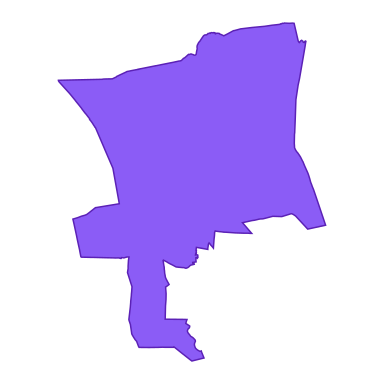 the district of Lerma, México, Mexico
{"feature_id": "50627088B475938863267", "entity_name": "Lerma", "entity_type": "district", "adm_level": 2, "iso_a3": "MEX", "parent_name": "Mexico", "parent_adm1": "México", "projection": "robinson", "projection_center": [-99.473, 19.326], "detail": "fine", "context": "isolated", "style": "filled", "palette": "violet", "viewbox_px": 384, "rotation_deg": 0, "n_neighbors": 0, "source": "geoboundaries", "source_scale": "gbopen_adm2", "svg_char_len": 5845}
<svg xmlns="http://www.w3.org/2000/svg" viewBox="0 0 384 384"><path d="M187.0,319.5L184.5,319.4L165.2,319.2L165.5,306.1L166.0,299.5L166.1,293.7L165.6,287.0L166.0,286.8L167.3,285.9L169.1,284.5L168.3,283.0L167.7,282.0L167.4,281.4L166.0,278.7L165.4,277.2L165.1,275.3L164.7,273.3L164.5,270.7L164.3,269.4L164.2,267.2L163.8,265.2L163.1,260.4L163.4,260.1L166.8,261.9L168.2,262.8L170.2,263.9L171.3,264.4L171.9,264.7L172.7,265.1L176.0,266.9L176.6,267.0L177.3,267.1L178.0,267.1L178.8,267.3L179.5,267.3L182.5,267.6L183.7,267.6L184.2,267.7L185.2,268.1L185.6,268.2L186.2,268.2L187.3,267.8L187.8,267.6L188.2,267.3L188.6,267.0L189.0,266.7L189.3,266.4L189.6,266.0L190.4,265.4L191.0,265.1L191.4,265.0L192.6,264.7L194.2,264.3L194.0,263.7L194.0,263.1L192.7,263.1L192.7,262.4L196.1,261.9L196.1,261.7L196.0,261.4L196.0,261.1L195.9,258.1L196.1,258.1L196.1,257.6L196.8,257.6L197.3,258.0L197.3,257.4L197.9,257.4L197.8,255.1L197.2,254.8L196.5,254.7L196.2,254.9L195.5,255.0L195.7,253.6L196.2,253.7L196.4,252.3L196.1,252.1L196.4,250.4L196.0,250.3L196.4,247.4L197.8,247.6L207.8,249.4L207.8,248.2L208.2,245.9L208.3,244.6L208.4,244.1L208.6,243.7L208.8,243.4L209.1,242.9L209.5,243.3L209.8,243.7L210.0,244.0L210.5,244.8L211.3,245.6L212.5,247.0L213.4,248.1L214.0,239.9L214.2,237.8L214.2,237.7L214.3,237.3L214.5,235.2L214.6,233.2L214.5,232.9L215.2,231.0L215.7,231.1L217.6,231.4L218.4,231.5L220.0,231.7L220.3,231.7L221.1,231.8L221.3,231.8L222.0,231.9L222.7,232.0L223.3,232.1L223.9,232.1L224.0,232.1L224.4,232.2L225.5,232.2L235.4,232.9L244.1,233.2L248.0,233.2L250.4,233.4L251.7,233.4L242.5,222.7L251.9,220.6L254.7,220.2L258.1,219.4L258.8,219.2L260.2,219.0L261.0,218.9L262.2,218.9L263.6,218.7L272.8,216.3L281.8,216.6L291.2,213.7L292.4,214.0L293.5,214.6L295.6,216.0L307.7,229.1L325.6,225.2L318.9,205.3L313.6,189.7L312.4,186.8L312.0,185.7L311.5,184.3L310.7,182.3L309.7,178.6L309.2,177.0L308.5,174.8L308.0,173.4L307.4,172.0L306.4,169.8L304.6,165.8L303.5,163.1L303.0,161.8L302.5,161.0L301.9,159.8L301.4,158.8L300.9,157.8L300.5,157.0L299.8,155.9L297.7,152.8L297.3,152.4L296.8,151.8L296.3,151.1L295.7,150.2L295.3,149.3L294.8,148.4L294.5,147.4L294.5,146.1L294.3,143.5L294.4,138.6L294.5,134.1L294.7,132.8L295.2,120.1L295.3,117.5L295.9,99.8L298.1,85.2L299.5,78.7L301.8,65.4L302.5,61.4L305.1,46.2L305.3,44.8L305.5,43.4L305.9,41.3L305.5,41.0L305.2,41.1L304.8,41.5L304.8,42.2L304.6,42.5L303.3,42.3L302.9,41.2L302.2,40.8L301.7,40.3L300.9,40.7L300.0,41.7L299.5,42.5L299.3,42.6L298.7,41.9L298.2,41.0L294.1,23.3L292.6,23.1L289.4,23.3L284.9,23.1L284.5,23.0L284.0,23.2L283.4,23.4L282.7,23.3L282.2,23.3L281.6,23.8L281.2,23.9L280.8,23.8L280.4,23.9L280.1,24.3L275.9,24.8L272.1,25.2L264.7,26.3L252.0,27.5L240.5,28.9L236.9,29.9L234.2,30.6L233.4,30.7L227.9,33.7L223.8,35.8L223.0,35.4L221.3,34.6L219.9,34.1L219.4,33.5L218.3,33.3L216.9,33.2L216.2,33.4L215.7,33.7L215.3,33.8L215.1,33.6L215.0,32.8L214.9,32.7L213.5,32.6L213.2,32.9L212.9,32.9L211.8,32.6L211.0,32.7L210.6,33.0L210.4,33.3L210.2,33.2L209.8,33.0L209.0,33.4L208.7,33.5L208.3,33.5L208.0,33.5L207.7,33.9L207.0,34.5L206.7,34.8L205.4,34.9L204.7,35.0L203.9,35.5L203.2,36.2L202.7,37.0L202.1,37.8L200.4,40.4L199.8,41.3L199.0,42.1L198.3,43.2L197.7,44.5L197.3,45.2L197.1,46.1L197.0,47.0L197.1,47.9L197.2,48.8L196.9,50.0L196.5,51.9L196.4,52.9L196.2,53.8L196.1,54.4L195.7,54.8L195.2,55.1L194.7,55.2L194.2,55.1L193.8,55.0L193.4,54.7L192.9,54.5L191.9,54.3L191.3,54.0L191.0,54.0L190.6,54.0L190.0,54.3L189.5,54.5L189.1,54.4L188.8,54.3L188.6,54.4L187.9,54.9L187.7,55.1L187.2,55.6L186.8,55.9L185.4,57.2L184.5,57.9L183.4,58.4L182.9,59.0L181.9,60.0L181.4,60.4L181.0,60.7L180.4,60.8L179.9,61.0L179.2,61.0L173.2,62.3L138.3,69.2L138.4,69.4L136.9,69.6L132.1,70.5L130.6,70.8L128.8,71.2L127.0,71.5L126.1,72.0L124.9,72.6L124.0,73.0L120.8,74.5L120.1,74.8L117.9,75.9L116.9,76.3L116.2,77.0L112.4,78.8L110.7,78.9L108.8,78.9L104.7,79.0L103.0,79.1L102.4,79.3L58.4,80.3L58.4,80.7L59.2,82.0L60.1,83.0L62.0,85.1L63.9,87.2L65.8,89.3L66.8,90.4L68.6,92.4L69.6,93.5L75.1,100.2L75.9,101.3L77.7,103.5L78.6,104.6L81.3,108.0L82.1,109.2L85.0,113.0L86.0,114.1L88.7,117.6L89.6,118.7L89.6,119.6L89.8,119.7L90.8,120.9L92.2,122.8L93.7,125.2L94.8,126.8L94.9,127.2L95.1,127.3L95.5,127.7L104.5,148.7L104.6,149.0L112.9,168.2L119.3,203.7L119.0,203.8L95.9,207.6L95.5,207.6L94.1,208.7L92.9,209.7L91.2,211.0L89.1,212.7L86.7,214.5L85.0,215.2L81.4,216.2L78.1,217.5L76.2,218.1L74.9,218.5L72.9,219.1L73.2,220.4L74.0,223.9L76.4,235.0L77.1,238.5L77.8,241.8L78.6,245.5L79.5,249.5L80.1,252.8L80.9,256.8L81.6,257.2L83.4,257.2L87.9,257.3L91.4,257.4L93.5,257.4L104.9,257.7L114.2,257.9L115.3,258.0L117.3,257.9L119.1,257.9L119.8,258.2L121.0,258.5L121.3,258.2L121.4,257.6L122.0,257.6L123.4,257.8L123.9,257.9L125.2,257.5L126.3,257.2L126.9,257.0L129.0,257.0L128.6,259.3L128.4,260.8L128.4,261.2L128.1,266.1L128.1,268.7L128.0,269.3L127.9,269.7L127.5,272.6L130.8,283.0L132.0,286.7L131.6,292.5L131.5,292.9L131.3,296.0L130.7,301.5L130.7,302.4L130.5,304.8L130.3,307.2L129.6,313.2L129.2,316.6L128.9,319.2L128.9,319.8L129.0,320.2L129.2,320.9L130.4,324.5L131.7,333.4L131.7,333.8L132.4,335.2L133.7,337.4L134.9,339.2L135.0,339.5L136.6,341.3L138.6,346.6L139.1,347.4L149.2,347.5L156.2,347.4L157.6,347.4L162.6,347.2L164.7,347.3L166.9,347.3L169.2,347.3L171.1,347.3L173.6,347.3L173.9,346.9L174.9,347.6L182.5,353.7L190.4,359.9L191.6,360.8L191.9,361.0L204.0,358.0L202.5,354.3L201.8,352.6L201.2,350.9L200.5,351.2L200.1,351.3L199.8,351.3L199.3,351.0L198.7,350.6L198.3,350.5L197.1,349.7L195.6,348.3L195.0,347.0L194.7,346.0L194.5,345.4L194.4,344.2L194.5,343.8L194.5,343.6L194.9,342.4L195.3,341.6L195.4,341.3L195.3,340.9L195.3,340.3L194.8,339.6L193.2,337.9L191.8,336.9L190.8,336.4L189.4,334.5L188.4,333.3L187.8,332.4L187.4,331.3L187.4,330.7L187.7,329.9L188.0,329.1L188.5,328.6L189.2,328.0L189.5,327.4L189.6,327.0L189.7,326.7L189.7,326.0L187.3,324.4L185.8,323.5L186.3,321.5L187.0,319.5Z" fill="#8b5cf6" stroke="#5b21b6" stroke-width="1.5"/></svg>